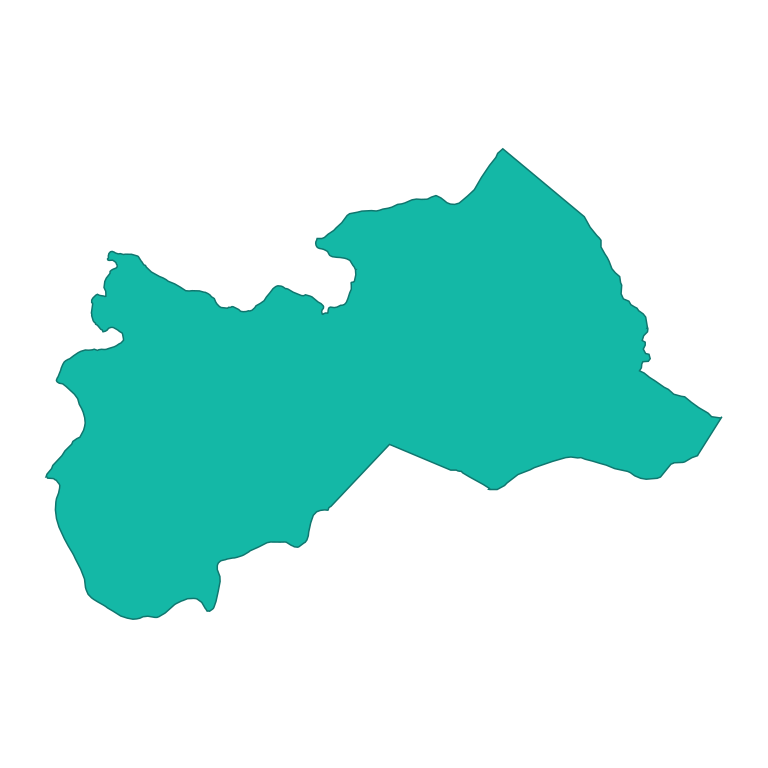 outline of Marigot, Anse-la-Raye, Saint Lucia
{"feature_id": "8701671B85402755836861", "entity_name": "Marigot", "entity_type": "district", "adm_level": 2, "iso_a3": "LCA", "parent_name": "Saint Lucia", "parent_adm1": "Anse-la-Raye", "projection": "robinson", "projection_center": [-61.025, 13.962], "detail": "fine", "context": "isolated", "style": "filled", "palette": "teal", "viewbox_px": 768, "rotation_deg": 0, "n_neighbors": 0, "source": "geoboundaries", "source_scale": "gbopen_adm2", "svg_char_len": 6030}
<svg xmlns="http://www.w3.org/2000/svg" viewBox="0 0 768 768"><path d="M488.6,489.3L489.8,489.5L497.2,489.5L504.6,485.5L507.0,483.0L518.0,474.5L530.1,469.8L534.4,467.6L552.5,461.4L565.7,457.6L570.9,457.0L577.7,457.9L581.0,457.6L585.1,459.2L592.5,461.1L599.4,463.2L606.2,465.1L614.7,468.6L627.6,471.4L630.3,472.6L634.7,475.8L640.7,478.3L646.2,479.2L657.2,478.3L660.5,477.0L670.9,464.2L673.6,463.1L673.8,462.8L682.8,462.4L684.7,461.9L692.0,457.6L697.5,455.7L697.8,455.3L697.8,455.0L721.9,416.8L720.7,418.0L711.6,416.7L708.2,413.2L698.7,407.6L691.5,402.4L684.7,396.8L681.3,396.3L673.7,394.2L668.4,389.4L664.2,387.3L655.5,381.2L649.4,377.3L644.1,373.0L639.5,370.8L641.4,367.8L641.8,363.9L642.9,361.7L648.3,361.3L650.2,358.7L649.0,354.3L645.6,353.5L643.3,349.1L645.2,345.2L645.2,342.2L642.2,340.5L643.7,335.7L647.5,331.8L647.9,328.8L647.6,327.7L647.1,327.9L647.4,327.3L645.7,317.1L643.2,313.9L638.7,310.7L637.0,308.2L634.5,306.9L630.9,304.7L628.9,301.2L623.4,298.9L621.1,293.8L621.7,285.2L620.6,282.7L619.7,276.6L615.3,272.8L611.9,268.7L609.1,261.3L607.2,257.5L604.9,254.0L601.0,247.0L601.0,240.3L599.3,238.0L596.8,235.5L590.1,227.2L584.3,216.7L502.8,148.8L497.7,153.3L495.9,157.4L489.6,165.3L481.5,177.3L474.3,189.7L467.7,195.9L459.2,203.1L454.7,204.4L450.5,204.1L446.9,202.7L444.5,200.7L440.9,197.9L436.6,195.8L435.9,195.6L431.4,197.1L427.3,199.2L421.5,199.4L416.4,199.1L412.1,199.8L404.7,203.0L401.6,203.9L397.6,204.4L392.0,207.1L388.2,208.2L382.9,209.1L379.4,210.3L376.3,211.0L371.5,210.6L361.9,211.1L357.5,212.2L349.6,213.7L347.1,215.5L341.7,222.8L336.1,227.9L333.8,230.4L328.1,234.2L324.4,237.5L321.9,238.5L317.1,238.5L316.6,240.3L315.9,241.7L315.7,243.2L316.0,245.1L316.8,246.8L318.1,247.9L319.7,248.5L321.9,248.9L323.7,249.4L326.7,250.9L327.8,251.9L328.8,253.9L329.6,255.2L330.4,255.8L332.4,256.7L336.7,257.3L340.1,257.5L344.6,258.2L346.9,258.9L349.9,260.4L352.9,265.3L354.3,267.1L355.4,269.6L355.8,269.6L355.5,269.9L355.5,270.5L355.8,274.8L354.4,281.2L353.5,282.0L351.7,282.3L351.2,282.6L351.1,283.6L351.3,284.8L351.3,289.2L349.7,292.9L347.9,298.6L346.3,302.4L344.5,304.4L342.4,305.2L340.6,305.3L337.0,307.1L334.3,307.6L330.5,307.1L329.4,307.5L329.0,307.8L328.5,308.8L328.2,310.0L328.0,312.0L327.7,313.1L325.5,313.0L323.7,313.7L323.0,314.3L322.3,314.1L321.7,312.0L321.7,311.3L322.1,310.0L323.4,308.3L323.6,306.8L323.2,305.8L321.0,303.6L318.1,302.0L312.0,296.9L310.1,296.1L305.5,294.8L303.7,295.7L302.8,295.7L301.3,295.5L293.2,292.2L288.0,289.1L286.4,288.6L285.6,288.7L282.7,286.7L281.0,286.1L277.9,285.8L276.3,286.3L274.6,287.4L273.0,288.7L269.9,292.8L266.4,297.0L264.1,300.7L260.3,303.4L256.0,305.8L254.8,307.7L252.1,310.2L249.8,311.0L248.4,310.8L246.3,311.5L243.2,311.7L240.6,311.3L238.7,309.5L233.3,306.8L232.7,306.7L232.0,306.6L230.9,307.2L230.2,307.4L228.6,307.3L227.5,308.2L221.1,307.5L219.4,306.5L217.0,304.0L215.7,302.0L214.3,298.6L212.4,297.3L211.7,297.0L209.8,294.8L207.8,293.5L205.2,292.3L204.0,292.2L199.4,290.9L192.1,290.7L189.1,291.0L185.7,290.7L180.4,287.2L174.7,283.9L168.3,281.3L165.9,279.5L163.0,277.9L159.5,276.5L151.4,272.0L146.2,267.0L145.7,265.8L145.2,265.3L144.2,265.1L143.4,264.2L142.8,263.4L142.2,262.2L141.4,261.4L138.3,256.5L137.4,256.0L131.6,254.3L125.3,254.2L123.4,254.5L120.3,253.6L118.3,253.9L115.5,253.0L114.1,252.1L112.1,251.4L110.4,251.8L108.9,253.5L108.3,255.9L108.5,257.7L107.5,259.0L107.9,260.0L109.0,260.4L112.6,260.2L114.4,261.3L115.9,262.5L116.5,264.2L117.1,265.0L117.2,266.8L116.0,268.1L113.1,269.2L111.5,270.1L110.1,271.4L110.0,273.4L106.3,278.1L104.8,281.4L104.0,287.5L105.7,291.2L105.9,293.9L105.8,296.3L104.8,296.5L104.1,296.1L100.3,295.5L99.4,295.3L97.4,294.3L95.9,295.1L93.3,297.6L92.7,298.3L91.7,300.1L91.7,302.6L92.6,303.2L92.6,304.4L91.4,313.0L91.8,314.3L91.7,315.7L93.2,320.8L94.5,322.5L95.5,323.1L95.6,324.2L97.4,325.2L100.8,329.3L102.4,330.1L102.9,331.7L103.5,331.7L105.6,331.1L107.4,329.9L107.7,329.3L108.9,328.1L111.0,327.4L112.5,327.4L113.5,327.6L117.6,329.9L119.4,331.4L122.2,333.1L122.6,334.3L123.4,338.5L123.5,340.3L120.8,343.1L119.2,343.8L116.4,345.7L114.2,346.8L108.9,348.4L106.1,349.4L104.1,349.5L101.5,349.3L98.9,349.7L97.5,350.4L94.2,349.2L92.4,349.8L89.8,350.1L88.4,350.2L85.3,350.0L80.9,351.3L78.1,352.7L73.8,355.6L69.6,358.8L68.0,359.4L65.6,360.8L64.2,362.0L62.8,364.4L61.2,368.2L60.6,370.5L59.6,372.9L58.1,376.7L57.3,377.9L56.4,380.2L56.6,381.0L57.3,382.0L59.2,383.2L62.6,383.8L66.1,386.5L74.4,394.2L77.7,398.7L79.3,404.4L81.7,408.7L83.2,412.3L84.7,417.8L85.2,423.0L84.7,426.1L83.6,430.2L79.9,437.2L76.9,438.6L72.9,441.4L71.7,444.2L65.0,450.8L61.9,455.7L52.8,465.4L51.6,468.6L47.0,474.1L46.1,476.6L46.5,476.4L47.5,478.1L53.6,478.6L54.8,479.6L56.4,480.4L58.1,482.7L59.0,483.7L59.8,485.4L59.6,488.1L58.6,493.0L56.5,498.5L55.9,501.9L55.4,509.9L56.5,518.7L59.0,527.1L64.4,538.8L68.4,546.2L72.2,552.5L73.7,555.2L75.4,558.9L80.7,569.2L84.5,579.0L85.5,587.6L86.2,589.9L88.1,594.3L91.5,597.8L93.7,599.4L97.6,601.8L103.3,605.0L105.7,606.5L107.5,607.9L113.1,611.2L120.7,616.0L127.2,618.1L132.9,619.2L136.6,618.9L139.9,618.2L143.1,616.7L144.3,616.6L147.8,616.2L155.0,617.4L157.0,617.4L158.9,616.7L165.3,612.9L174.7,604.5L176.4,603.5L181.7,600.9L182.8,600.6L187.5,598.7L193.6,598.4L195.8,598.6L197.1,599.0L201.5,602.2L202.0,602.8L205.3,608.5L205.9,609.1L207.1,611.1L208.3,611.0L209.6,611.2L212.6,609.1L213.4,608.3L214.0,607.1L216.0,601.4L218.2,591.4L220.1,581.5L219.9,576.5L217.3,569.6L217.3,565.6L217.7,564.4L218.4,562.9L220.6,560.9L222.6,560.3L225.3,559.7L227.3,559.0L232.7,558.0L234.5,557.9L237.0,557.3L242.0,555.7L243.8,554.9L249.1,551.7L249.5,551.2L251.0,550.4L259.0,546.8L267.0,542.7L270.5,542.0L280.1,542.1L285.0,542.0L286.3,542.2L291.2,545.3L292.7,545.9L294.3,546.8L297.8,547.2L299.0,546.7L303.8,543.1L305.2,542.3L306.9,540.0L308.3,535.8L308.7,532.1L310.7,522.9L313.3,515.3L316.6,511.8L320.4,510.4L324.6,509.9L327.9,510.2L328.3,509.4L328.8,507.8L329.6,507.1L330.9,506.4L389.5,444.4L450.7,470.1L456.3,470.1L457.8,470.9L460.0,471.3L461.3,471.3L462.6,472.8L469.3,476.8L483.1,484.4L489.4,488.4L488.6,489.3Z" fill="#14b8a6" stroke="#0f766e" stroke-width="1.5"/></svg>